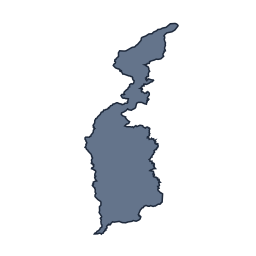 the district of Amajari, Roraima, Brazil, rotated 96°
{"feature_id": "56859067B25672649459605", "entity_name": "Amajari", "entity_type": "district", "adm_level": 2, "iso_a3": "BRA", "parent_name": "Brazil", "parent_adm1": "Roraima", "projection": "equal_earth", "projection_center": [-62.603, 3.725], "detail": "fine", "context": "isolated", "style": "filled", "palette": "slate", "viewbox_px": 256, "rotation_deg": 96, "n_neighbors": 0, "source": "geoboundaries", "source_scale": "gbopen_adm2", "svg_char_len": 5898}
<svg xmlns="http://www.w3.org/2000/svg" viewBox="0 0 256 256"><g transform="rotate(96 128 128)"><path d="M236.4,147.1L235.6,145.6L235.6,144.7L236.2,143.4L235.8,143.4L235.1,141.6L233.8,141.3L232.9,140.3L232.4,140.4L231.7,139.2L231.0,139.9L229.5,138.4L228.1,139.0L226.6,138.0L226.5,137.1L225.8,137.0L226.2,135.7L225.6,135.2L225.2,135.4L222.9,133.5L223.1,132.0L221.8,127.0L222.7,123.8L222.5,120.4L221.4,118.1L220.4,114.3L219.5,113.2L219.8,110.6L219.7,109.8L218.3,107.5L217.3,106.5L215.2,106.0L215.0,106.5L214.6,106.3L214.0,107.2L214.2,107.5L213.6,107.5L213.3,108.1L213.5,108.4L213.1,108.7L208.3,107.2L205.9,105.5L205.5,104.4L204.3,104.0L203.1,102.0L203.7,99.9L203.6,98.4L202.8,97.5L203.4,94.8L202.8,93.5L202.8,92.8L200.6,90.0L200.4,88.2L199.4,87.3L198.8,87.3L198.1,86.3L189.9,86.7L189.0,88.5L189.1,88.9L187.6,90.5L187.3,91.3L185.8,92.0L185.2,91.7L184.7,90.8L183.8,91.4L183.5,92.2L183.0,92.4L182.8,91.4L181.8,90.7L178.7,91.9L178.4,91.6L178.8,90.9L178.6,90.3L178.1,91.1L176.1,91.7L176.7,92.6L176.5,93.1L175.8,93.4L175.5,92.9L174.7,93.2L174.4,94.8L173.9,95.1L174.1,95.8L173.7,97.5L173.0,97.8L172.2,96.8L171.2,97.0L171.1,98.3L169.8,97.8L168.5,98.2L168.1,101.8L167.4,101.2L167.1,100.2L165.9,98.4L165.5,96.4L164.0,98.1L163.5,98.0L163.1,98.5L162.8,98.0L162.1,98.5L161.4,98.0L160.6,98.3L160.4,99.0L160.9,100.3L160.5,100.6L159.6,100.1L159.1,100.9L158.5,100.8L158.8,102.6L157.7,102.9L157.1,103.7L156.2,102.6L154.7,102.2L154.4,101.1L153.5,101.3L152.0,100.8L151.6,100.0L150.2,99.9L149.5,99.1L148.9,99.5L148.0,99.2L147.7,99.6L146.5,98.4L146.4,97.5L145.6,97.6L144.5,96.6L144.3,96.9L143.1,96.1L142.0,96.3L141.5,96.8L140.7,96.6L140.4,97.6L141.1,98.0L140.7,99.3L139.8,99.8L138.9,99.0L138.3,100.1L137.2,99.5L137.7,100.4L137.6,100.9L136.1,101.4L136.5,102.1L135.8,103.4L136.6,103.4L136.6,104.7L137.1,105.7L135.6,106.3L135.8,107.8L134.7,107.7L134.3,106.7L133.1,105.9L132.2,106.2L131.3,105.7L130.6,106.5L129.6,106.3L128.4,106.7L126.6,106.2L125.8,106.7L126.0,107.4L125.0,108.5L125.3,109.9L126.3,110.6L126.2,110.9L125.4,112.9L124.2,113.7L124.0,116.4L125.7,119.3L124.8,120.4L126.3,122.2L127.0,122.5L126.3,123.8L126.7,124.5L126.5,125.9L126.9,129.2L126.3,131.5L124.2,129.8L124.0,128.8L123.2,127.7L121.5,127.1L120.6,129.0L118.9,130.9L117.9,131.7L117.3,131.5L116.4,134.7L115.1,136.1L113.6,135.9L112.3,133.5L111.7,133.1L111.4,132.2L109.0,130.3L109.8,129.2L110.0,126.4L109.5,126.0L107.8,123.3L106.9,122.6L102.5,122.0L101.4,120.4L101.1,117.0L102.1,114.3L102.4,112.2L100.4,112.1L100.0,111.6L98.6,112.0L98.4,110.9L97.2,110.2L96.9,110.5L97.0,111.6L95.7,111.9L92.8,110.3L91.1,110.5L89.8,112.1L90.4,112.5L90.4,113.3L91.5,113.4L91.4,114.1L91.9,115.0L90.5,117.1L90.7,118.2L89.8,118.7L89.0,118.5L88.3,117.7L87.8,117.7L87.2,118.1L87.6,119.2L87.4,120.0L87.2,119.5L86.4,119.3L85.3,118.3L84.7,118.3L84.5,116.5L83.6,117.0L82.7,116.9L82.6,116.6L83.0,116.1L82.5,115.5L82.8,114.6L82.6,113.9L81.1,111.5L80.0,110.4L79.5,108.8L77.9,107.6L77.6,107.9L77.7,109.4L77.0,112.8L77.5,113.5L78.0,113.4L78.4,114.2L78.9,114.3L77.9,115.3L76.7,114.9L76.4,115.6L75.8,114.9L75.1,114.8L74.8,114.4L74.9,113.6L74.2,113.0L72.0,113.5L70.1,113.1L69.4,112.4L67.2,113.7L66.7,113.5L65.2,114.2L64.7,115.8L64.4,115.8L64.1,116.8L63.7,116.9L63.4,118.1L62.7,116.0L61.8,115.6L61.5,113.6L59.7,113.5L59.7,112.8L59.0,112.3L57.7,109.0L56.6,107.2L56.6,105.2L55.8,102.6L52.9,100.0L51.8,100.8L50.6,100.9L48.8,100.0L47.9,100.2L47.4,98.9L46.5,99.1L45.8,99.8L44.3,100.0L41.7,99.4L40.8,99.8L39.4,99.6L38.0,100.5L35.7,101.3L34.8,100.9L33.6,101.0L32.7,101.9L31.1,101.0L29.3,99.3L27.7,94.3L25.6,91.6L21.4,89.0L20.7,89.0L19.5,90.5L19.1,92.1L19.9,96.8L23.9,100.6L25.1,104.3L26.4,106.1L26.9,108.6L28.3,109.7L29.9,112.6L31.7,113.9L32.3,117.1L34.6,119.9L36.4,123.5L37.2,124.1L39.5,124.2L44.1,127.4L44.7,128.3L46.7,129.8L47.4,132.4L51.5,138.1L51.9,139.8L52.1,144.4L54.3,145.4L57.8,144.9L60.0,146.9L60.7,147.0L61.3,148.1L63.1,148.2L63.3,147.5L63.9,147.3L65.0,147.5L66.0,148.7L67.4,149.2L69.5,146.7L70.3,143.9L70.1,143.6L70.7,142.3L71.4,142.3L71.6,140.9L72.5,141.5L72.6,140.4L75.0,138.7L74.8,137.7L76.1,132.5L76.1,131.2L76.5,130.6L76.5,129.6L77.3,128.7L78.2,128.7L79.6,128.0L80.4,126.8L82.5,127.0L83.5,127.6L83.8,128.5L83.6,129.5L84.8,130.9L86.9,130.7L87.0,131.3L88.0,132.0L89.5,132.4L90.0,133.4L92.7,135.6L94.2,135.7L95.0,135.0L95.4,136.1L95.1,136.6L95.2,137.5L96.4,138.4L98.3,137.0L98.9,136.0L98.6,134.7L99.0,133.6L98.9,130.7L101.4,131.0L101.8,131.4L102.7,130.9L103.5,131.6L103.7,133.7L104.7,134.5L105.4,136.4L104.9,136.9L104.5,140.0L104.0,140.8L104.1,142.0L105.5,144.2L105.7,145.4L107.0,146.0L107.7,147.6L109.5,148.7L109.7,149.4L110.2,149.1L111.6,150.9L111.9,152.0L112.5,152.7L112.7,154.1L114.3,154.5L115.2,156.3L117.3,157.0L120.0,159.3L121.4,159.9L122.1,161.1L122.8,161.1L123.7,161.8L126.6,161.7L129.0,163.0L131.2,161.6L131.2,162.0L131.9,161.1L132.1,161.7L132.7,161.4L133.8,162.2L136.1,162.2L138.8,164.0L140.2,164.2L140.4,165.1L141.2,165.5L141.5,169.1L142.3,169.7L143.8,169.5L144.6,168.6L145.4,168.5L146.6,167.5L148.0,167.6L148.6,168.2L149.7,167.8L151.8,168.7L152.1,167.7L153.6,167.0L154.4,165.5L155.1,165.3L157.9,162.0L160.0,160.9L160.4,161.1L161.5,160.1L163.7,161.0L166.1,160.2L166.8,160.9L167.3,160.5L167.5,158.9L168.1,158.3L168.5,158.8L169.0,158.2L170.0,158.1L171.2,159.1L171.3,159.7L172.3,160.0L172.9,157.5L173.5,157.2L173.7,156.0L175.0,155.4L177.1,156.1L178.5,156.1L179.3,155.8L179.4,155.1L180.1,155.3L180.5,156.0L182.0,155.4L183.9,153.6L184.5,155.4L185.5,156.9L186.6,156.6L187.0,157.0L187.4,156.5L188.5,157.4L188.7,156.8L189.3,157.0L190.0,156.4L191.1,154.7L191.6,154.9L192.6,154.1L195.2,154.0L196.5,153.0L198.1,153.8L199.7,153.6L202.3,150.5L203.9,147.6L204.8,147.1L207.6,146.9L209.3,148.2L213.2,147.6L215.1,147.9L218.7,145.0L219.8,145.1L220.3,145.9L220.8,146.1L222.2,144.9L223.8,145.2L226.4,144.6L227.0,143.9L228.0,143.7L229.3,143.7L230.4,145.1L231.8,145.5L233.3,146.8L233.9,147.9L235.4,148.7L236.2,150.1L236.9,150.4L236.4,147.1Z" fill="#64748b" stroke="#1e293b" stroke-width="1.5"/></g></svg>